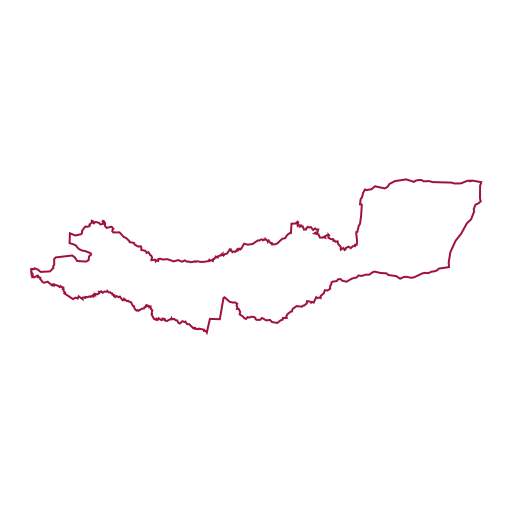 outline of El Triunfo, Guayas, Ecuador
{"feature_id": "8360857B22416675182339", "entity_name": "El Triunfo", "entity_type": "district", "adm_level": 2, "iso_a3": "ECU", "parent_name": "Ecuador", "parent_adm1": "Guayas", "projection": "mercator", "projection_center": [-79.418, -2.292], "detail": "fine", "context": "isolated", "style": "outline", "palette": "rose", "viewbox_px": 512, "rotation_deg": 0, "n_neighbors": 0, "source": "geoboundaries", "source_scale": "gbopen_adm2", "svg_char_len": 6021}
<svg xmlns="http://www.w3.org/2000/svg" viewBox="0 0 512 512"><path d="M481.3,182.2L472.6,180.6L470.5,181.1L470.6,180.7L467.4,180.8L460.9,183.4L454.3,183.5L451.5,182.6L432.8,182.1L429.1,181.1L423.7,181.3L421.5,180.1L418.8,180.0L415.5,180.7L414.1,181.9L406.2,179.4L394.9,181.1L389.4,184.0L387.5,186.9L384.8,188.4L375.0,186.3L371.6,189.2L366.5,190.1L365.0,189.5L363.1,192.9L362.0,197.4L360.7,199.0L360.0,204.3L361.6,204.4L361.8,205.1L361.1,215.9L360.0,223.8L358.7,226.0L357.3,231.9L356.4,232.0L356.2,232.9L357.1,241.1L356.7,244.8L355.0,244.8L354.9,246.2L353.0,246.1L350.6,248.2L348.6,246.6L345.8,248.0L345.6,249.2L344.6,250.0L343.3,248.0L340.8,249.6L340.6,246.5L338.3,244.3L337.5,241.3L335.6,241.8L334.6,240.6L333.5,240.9L333.2,239.2L330.9,239.1L328.4,237.7L328.4,236.2L329.1,235.3L328.4,234.6L328.4,235.4L326.6,235.3L325.1,236.2L325.3,237.8L323.4,237.0L322.4,237.7L319.9,237.5L318.4,234.3L314.5,233.4L315.9,232.5L317.2,233.0L318.2,229.5L316.3,229.5L315.1,228.4L313.1,230.0L310.9,227.1L308.9,227.5L307.9,226.8L306.2,228.3L306.1,229.4L304.0,229.6L302.6,226.2L300.1,226.6L300.7,225.4L298.6,225.2L297.7,225.8L297.5,224.4L298.3,222.5L297.6,221.7L295.5,223.5L291.5,223.7L290.9,233.1L289.6,233.2L287.2,235.0L285.2,238.1L282.1,238.9L277.2,243.5L275.1,244.3L271.8,244.4L271.8,243.0L270.3,242.9L268.8,240.8L268.2,241.5L268.2,240.5L267.4,240.9L265.4,238.9L265.3,239.5L263.0,240.2L262.9,239.6L261.0,239.5L259.1,240.6L257.8,240.4L252.6,244.0L247.8,244.7L244.1,243.7L241.1,248.9L239.8,248.7L239.7,249.5L238.2,248.9L237.8,250.6L236.9,250.8L236.7,250.1L235.3,251.9L233.0,251.4L232.5,252.1L231.1,251.0L230.8,249.3L229.9,249.2L227.0,253.6L224.6,254.2L223.6,255.5L223.0,254.8L222.0,255.1L222.3,253.8L219.9,255.7L218.2,256.2L217.9,257.2L217.4,256.8L216.7,257.4L215.8,256.6L214.2,259.0L213.4,258.9L212.8,261.0L211.7,260.1L210.0,260.8L209.3,259.9L208.7,261.0L204.6,261.8L200.5,261.9L197.1,261.2L195.7,261.8L194.7,261.2L194.2,261.7L190.3,262.2L188.7,261.5L187.3,261.8L184.7,260.4L182.0,261.7L178.2,260.1L173.8,261.4L167.5,259.2L162.5,259.5L160.0,258.7L158.4,259.0L158.2,261.0L156.1,260.2L155.6,261.2L155.0,259.7L151.4,260.1L152.0,257.4L151.3,255.7L150.1,255.0L148.5,252.2L146.5,252.9L146.1,251.6L144.8,250.6L141.3,250.0L141.3,247.1L140.6,246.2L138.4,246.6L134.6,244.6L134.1,243.0L129.6,242.1L129.4,241.1L126.0,237.9L123.8,237.0L119.6,232.4L113.3,232.4L112.3,231.3L112.7,229.4L113.4,228.8L111.6,226.7L106.6,227.9L104.9,225.9L105.1,223.4L104.1,221.4L103.0,220.8L102.5,221.4L103.5,222.9L103.4,223.8L100.3,224.4L99.2,222.9L95.9,222.0L94.2,222.4L94.1,224.1L93.1,221.4L91.8,220.8L91.7,222.8L89.5,224.5L89.8,225.8L87.7,226.8L85.7,226.5L84.7,227.2L82.1,230.8L81.9,233.4L81.1,234.2L75.4,235.5L69.9,233.3L69.6,243.1L75.5,245.1L78.5,248.7L81.6,250.4L85.6,251.2L90.7,253.3L91.1,254.5L89.1,256.4L88.6,260.1L86.2,261.6L77.2,261.0L75.0,257.6L72.2,255.5L55.8,257.4L54.2,259.0L54.2,264.8L53.1,266.4L53.4,268.0L49.9,271.4L40.6,271.9L37.9,269.6L34.5,268.3L34.0,269.1L31.3,268.9L31.1,269.7L32.3,270.3L31.6,270.3L31.2,272.0L31.7,272.7L30.7,272.5L31.9,273.3L31.6,275.3L32.8,275.4L32.3,277.2L34.3,277.3L36.8,276.0L37.7,276.9L38.1,276.0L38.9,277.3L40.3,277.7L40.2,279.0L42.9,282.3L44.2,282.7L47.7,281.7L52.1,285.5L52.5,285.2L51.9,284.6L52.8,284.3L53.0,285.1L53.9,284.5L54.3,285.5L54.9,284.8L58.0,285.7L59.5,287.0L60.5,286.1L60.8,286.8L63.3,287.5L62.7,288.9L63.6,289.1L63.7,291.2L65.1,292.6L64.4,293.4L73.1,299.1L75.5,297.6L77.7,298.5L78.6,296.3L82.5,299.1L82.3,297.9L83.1,297.4L85.3,297.9L85.4,296.9L87.8,297.2L89.6,296.3L90.7,296.9L91.7,296.0L92.5,296.3L92.2,295.7L93.0,295.2L93.4,295.8L94.6,295.6L93.8,294.9L94.6,294.5L94.5,293.8L95.3,293.9L95.4,294.7L95.9,294.0L97.6,294.3L99.3,293.1L98.9,291.8L100.2,291.9L101.0,291.3L102.7,292.8L104.3,291.6L106.7,291.7L107.2,290.9L108.8,292.4L110.1,292.3L111.0,293.2L112.3,293.4L112.5,294.7L113.6,294.8L113.9,296.0L114.7,295.6L115.3,297.1L116.8,296.1L118.7,297.2L119.9,296.6L122.5,300.2L123.6,300.3L124.1,298.8L126.9,301.1L128.1,300.8L128.7,301.5L130.9,302.1L132.9,305.8L133.9,306.2L134.7,308.8L136.5,310.6L137.6,310.1L138.4,310.8L141.8,308.8L144.1,308.4L144.3,307.5L146.3,306.6L145.7,306.0L146.3,305.1L148.7,305.8L149.2,307.3L150.5,306.5L151.0,309.1L152.3,310.2L151.7,313.3L152.1,313.9L151.6,314.5L154.0,318.9L155.9,319.7L156.3,318.9L156.8,319.6L157.4,319.0L158.0,319.7L158.8,318.3L161.5,320.2L162.5,319.7L162.5,318.6L163.9,318.7L164.9,319.3L164.7,320.2L166.6,321.1L170.6,319.1L171.4,319.4L171.6,318.5L171.9,319.1L174.4,319.0L175.4,320.2L177.0,320.3L178.4,322.8L179.9,323.5L182.4,321.2L185.2,322.2L185.5,321.8L187.2,324.2L189.2,324.2L193.5,328.4L195.0,328.7L194.6,327.9L195.2,327.9L195.5,328.8L198.6,329.2L199.4,328.0L199.3,328.7L204.0,329.7L204.0,330.8L205.8,330.9L206.8,332.6L209.9,318.9L219.8,319.2L223.5,298.0L224.5,297.3L229.7,301.8L233.2,302.6L235.1,302.4L237.2,303.8L236.6,305.7L237.4,307.6L237.0,308.9L238.5,308.8L239.0,309.4L240.2,312.0L239.6,314.3L243.1,316.6L244.5,318.4L246.1,318.9L247.5,317.1L249.5,317.6L250.9,316.8L253.8,316.9L255.2,317.7L255.7,319.3L256.9,319.9L260.3,319.8L261.5,318.2L262.3,318.1L266.2,320.4L270.0,319.9L272.1,322.1L277.4,322.9L280.5,320.4L282.7,319.6L282.9,318.0L286.7,317.9L286.3,316.3L287.5,314.2L290.7,311.6L291.9,311.5L292.7,308.9L296.6,306.1L302.0,306.7L302.7,305.7L304.0,305.6L306.7,303.5L307.1,301.1L310.8,301.8L311.2,302.7L312.3,302.0L313.7,302.6L316.2,297.2L317.7,298.1L319.3,297.5L320.6,298.0L320.8,295.8L323.8,293.4L324.8,290.2L327.5,290.5L330.2,288.7L330.1,286.2L331.2,284.4L331.5,282.4L332.9,281.6L336.7,281.1L338.0,279.3L340.6,279.1L342.2,280.7L346.5,281.7L351.9,278.6L356.7,277.4L358.4,275.5L361.7,275.9L365.8,274.7L369.3,274.7L372.5,272.3L374.7,271.6L380.0,272.9L386.6,273.4L388.4,275.0L396.1,276.1L400.1,278.7L403.8,277.0L406.4,276.8L411.2,277.8L414.1,277.3L422.3,273.4L425.4,272.8L428.1,273.2L431.6,271.7L434.4,271.3L437.0,270.4L438.8,268.6L449.0,267.1L448.7,262.2L450.4,252.1L455.5,240.9L461.2,233.6L466.9,223.3L471.1,219.3L474.2,211.3L473.7,209.3L475.5,204.6L478.2,203.5L480.7,201.4L480.0,198.3L480.1,185.8L481.3,182.2Z" fill="none" stroke="#9f1239" stroke-width="2"/></svg>